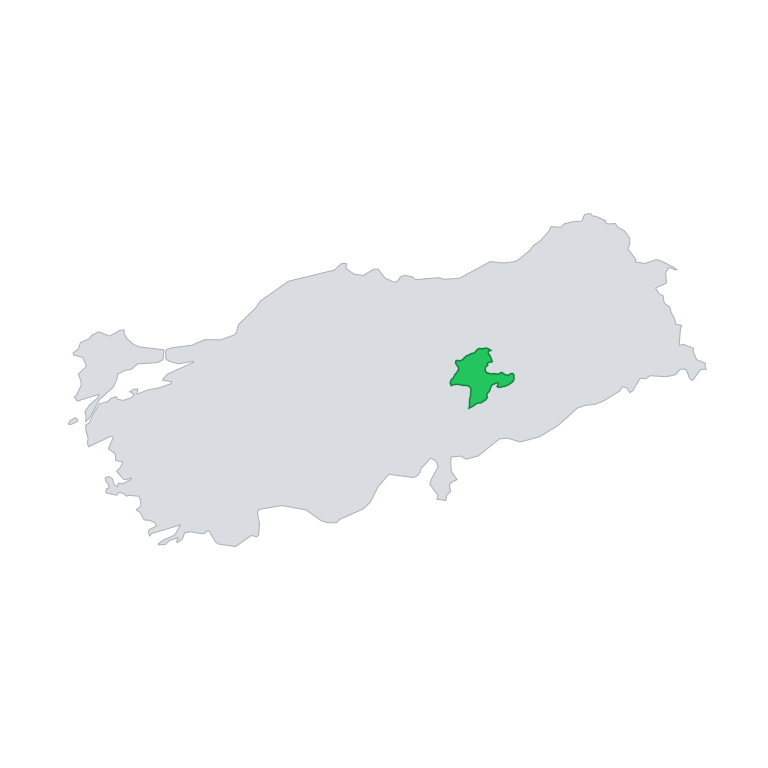 where Malatya sits in Turkey, rotated 344°
{"feature_id": "TUR-2284", "entity_name": "Malatya", "entity_type": "Province", "adm_level": 1, "iso_a3": "TUR", "parent_name": "Turkey", "parent_adm1": "", "projection": "natural_earth1", "projection_center": [38.295, 38.485], "detail": "fine", "context": "in_parent", "style": "filled", "palette": "green", "viewbox_px": 768, "rotation_deg": 344, "n_neighbors": 0, "source": "natural_earth", "source_scale": "10m", "svg_char_len": 5582}
<svg xmlns="http://www.w3.org/2000/svg" viewBox="0 0 768 768"><g transform="rotate(344 384 384)"><path d="M587.8,278.8L598.0,282.3L601.3,279.7L610.6,280.1L619.0,282.0L623.5,276.3L629.4,276.9L630.5,279.8L633.3,280.9L642.1,288.2L641.1,289.1L643.2,291.8L650.7,293.6L651.5,297.3L657.3,302.9L660.5,311.5L658.8,317.5L655.7,321.2L660.5,334.2L659.1,335.8L668.2,340.1L679.6,339.4L683.2,341.2L694.4,351.4L697.3,355.4L689.6,350.5L685.4,354.7L683.4,364.8L671.4,366.6L673.4,373.2L676.7,376.2L675.7,382.4L676.6,384.8L680.0,388.9L679.7,394.5L681.1,400.3L681.3,407.4L686.3,409.5L684.1,412.8L678.8,427.1L679.2,428.2L683.0,428.6L691.5,435.2L690.1,437.4L691.2,446.6L698.6,452.6L697.5,455.6L697.8,458.7L692.5,457.3L681.9,465.4L680.7,465.2L679.2,462.4L678.7,454.2L676.1,452.1L672.7,451.6L666.9,455.3L661.6,455.2L656.3,454.4L642.1,449.4L637.0,451.1L631.6,449.2L621.2,459.2L618.0,460.0L616.4,455.1L612.7,452.3L608.0,456.0L590.0,460.9L581.7,461.7L571.5,460.0L563.1,460.5L540.3,471.7L518.4,477.7L498.8,477.2L488.0,470.2L479.7,468.6L454.6,479.2L442.2,478.9L438.1,474.5L428.7,472.7L426.7,476.9L424.6,486.9L427.9,496.1L422.6,496.7L419.2,498.7L418.2,505.7L413.3,508.4L411.7,512.7L410.8,512.8L403.0,509.2L405.2,505.9L400.4,493.0L402.8,489.0L413.1,478.6L412.8,472.5L408.5,468.2L395.6,475.9L394.4,478.9L391.4,481.2L386.6,482.1L363.8,472.1L350.2,480.9L338.6,493.6L329.9,498.3L304.3,501.9L299.8,504.3L291.2,501.6L286.0,498.2L274.5,483.7L252.4,472.7L229.0,470.1L226.8,472.9L225.8,484.1L221.8,494.7L219.8,495.8L214.7,493.1L196.4,499.3L181.1,492.4L178.5,489.4L175.4,477.2L173.2,476.3L170.7,478.0L168.0,477.9L157.1,472.6L151.1,472.3L147.4,477.5L141.5,479.6L141.3,478.1L143.8,474.8L134.4,475.4L129.4,478.0L122.8,476.4L123.3,475.0L128.8,473.3L141.3,471.5L149.4,463.3L119.7,463.7L116.8,465.5L116.5,461.3L118.3,459.3L126.1,457.8L125.7,454.3L121.1,450.5L116.0,448.5L113.9,439.6L111.4,437.4L111.7,436.2L116.6,434.6L117.9,428.2L117.3,424.2L107.9,420.7L105.7,421.0L103.5,417.6L99.4,415.1L96.1,417.2L86.6,411.9L88.5,408.1L90.9,408.2L91.5,405.2L89.8,400.2L90.1,397.6L92.2,396.9L94.6,397.4L96.8,400.4L96.9,406.1L99.4,409.5L101.3,406.1L105.6,407.9L113.5,406.2L115.1,404.7L109.3,404.9L107.3,403.5L102.9,394.1L107.8,391.4L111.4,386.8L105.0,383.7L106.5,377.4L101.2,370.1L109.1,360.9L108.7,359.5L106.4,359.0L82.8,362.9L82.6,358.7L84.5,355.1L84.7,346.3L85.9,341.4L90.3,340.0L95.9,332.9L104.9,324.6L113.8,324.8L117.5,322.5L122.8,322.3L124.3,325.6L128.9,327.9L137.1,327.5L141.2,325.4L137.5,321.3L142.2,320.0L146.0,320.9L143.8,325.4L144.9,325.8L155.6,324.5L166.8,325.6L179.1,325.0L180.7,323.6L172.1,319.1L177.8,315.1L181.0,314.4L207.0,310.7L207.1,309.8L191.4,307.8L183.3,302.5L181.2,299.7L183.0,292.7L184.8,290.9L190.5,290.7L209.9,293.8L223.8,291.9L238.9,296.5L253.4,295.6L256.5,293.5L260.3,286.9L281.0,275.9L288.3,270.1L320.3,258.9L367.9,260.8L376.3,256.5L381.1,257.9L379.7,260.8L380.0,263.5L385.6,270.2L394.0,274.0L405.8,270.8L410.1,272.0L414.2,282.5L421.5,288.7L424.9,289.2L429.4,285.6L433.7,285.1L440.6,288.7L443.0,292.4L465.8,296.8L470.5,299.9L485.9,303.1L520.0,295.6L532.5,300.7L543.0,302.3L547.4,301.6L561.2,295.6L565.4,292.2L574.0,289.3L584.7,282.6L587.8,278.8ZM149.0,260.3L148.0,265.0L149.8,270.1L154.4,277.3L159.1,280.9L181.9,290.6L178.3,299.7L172.5,301.1L152.8,296.7L144.6,300.4L138.8,299.5L130.7,301.1L128.2,306.6L122.3,312.8L106.1,320.6L91.0,336.0L86.8,337.9L88.9,332.7L88.9,328.1L95.4,322.8L104.5,318.7L107.0,315.3L84.5,315.9L82.6,311.2L84.9,310.3L92.5,301.9L93.4,298.5L93.0,290.2L102.1,285.5L102.9,283.5L101.8,275.4L93.5,270.6L93.8,268.3L99.9,266.2L103.6,260.5L112.4,259.4L116.6,256.7L124.2,255.2L133.4,262.3L144.7,259.6L149.0,260.3ZM79.3,335.4L71.7,336.7L69.4,335.4L71.9,333.0L77.7,331.3L79.6,333.7L79.3,335.4Z" fill="#d9dde1" stroke="#a8b0b8" stroke-width="1"/><path d="M478.2,379.1L480.4,378.5L482.7,376.8L485.3,376.0L487.9,377.2L491.0,377.4L492.5,377.9L493.9,378.8L496.0,381.2L493.7,381.3L492.8,382.5L492.8,384.2L493.4,385.2L493.8,386.4L494.0,388.9L493.9,389.8L494.3,391.1L494.2,391.4L494.2,391.9L494.2,392.3L493.8,392.5L490.1,392.1L489.3,392.3L488.9,392.8L489.1,393.4L489.0,394.2L488.6,394.8L488.1,395.0L487.3,395.2L486.6,395.6L486.1,396.1L485.8,396.7L485.6,397.2L485.4,397.9L484.9,398.8L485.0,399.1L485.2,399.3L485.3,399.7L485.4,400.4L485.7,401.2L486.1,401.9L486.7,402.4L487.0,402.0L487.4,402.2L488.0,402.9L488.4,403.3L488.8,403.6L489.3,403.7L491.2,403.9L492.1,404.2L492.2,404.3L492.8,404.8L493.0,404.8L493.2,404.6L493.4,404.6L496.1,406.0L497.0,406.1L499.1,405.3L500.1,405.2L500.9,405.8L500.7,406.1L501.5,406.6L501.8,406.9L502.5,408.1L502.6,408.3L503.4,408.4L504.0,408.8L505.0,409.7L506.1,409.9L508.8,409.0L510.2,409.2L510.8,409.7L511.2,410.6L511.3,411.6L510.2,415.4L508.7,417.1L506.9,417.9L505.5,418.2L504.2,418.9L503.3,419.1L502.3,419.1L499.9,419.6L497.6,419.2L495.3,419.3L493.3,418.8L492.8,418.4L492.2,418.1L492.0,417.3L492.7,416.8L493.9,415.6L493.8,414.3L491.9,413.9L489.9,414.5L487.6,414.5L485.2,417.2L483.1,420.3L480.5,421.6L479.7,423.3L479.6,425.4L477.6,427.2L474.8,427.9L473.7,428.5L472.5,428.8L471.0,428.6L469.6,428.2L466.6,428.6L463.7,429.8L459.0,430.7L460.3,428.3L462.0,422.2L462.8,421.0L463.3,420.4L463.9,419.5L464.1,418.3L466.0,413.5L466.2,411.8L464.6,409.0L462.0,407.9L459.7,407.2L455.5,404.8L450.6,403.7L450.0,403.8L448.8,404.1L448.2,404.1L447.8,401.6L449.8,398.4L451.7,397.6L453.4,396.1L455.1,394.1L455.8,393.9L457.2,393.0L459.6,390.5L460.1,388.9L459.9,388.0L459.5,387.2L458.9,385.3L458.6,383.4L459.3,381.8L460.8,381.4L463.6,382.8L466.3,382.2L467.5,381.4L468.8,380.9L469.9,380.2L471.1,379.6L473.7,379.5L474.8,379.1L476.0,378.8L478.2,379.1Z" fill="#22c55e" stroke="#15803d" stroke-width="1.5"/></g></svg>